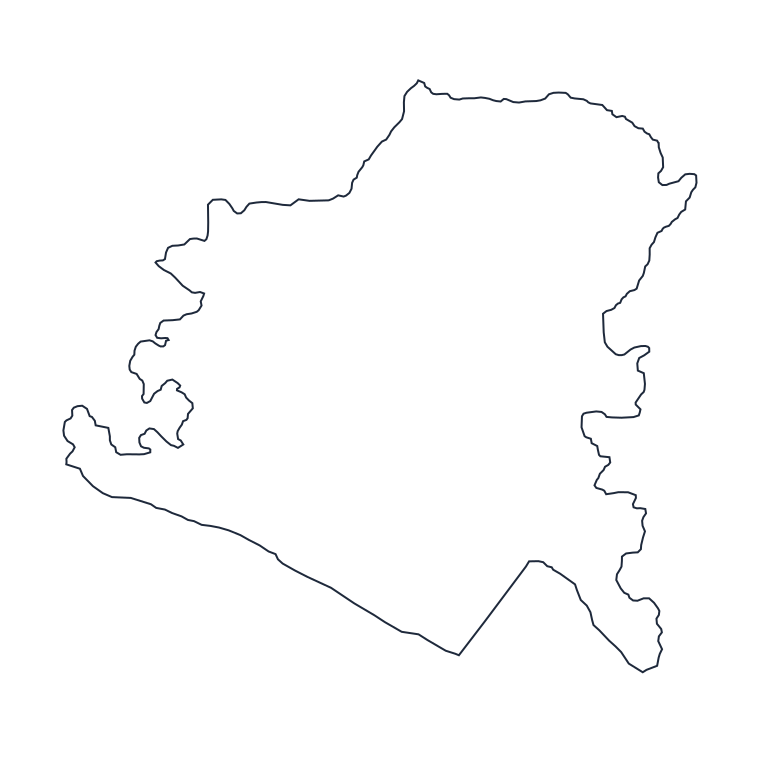 the district of Ashqelon, HaDarom, Israel, rotated 267°
{"feature_id": "584046B11408100439208", "entity_name": "Ashqelon", "entity_type": "district", "adm_level": 2, "iso_a3": "ISR", "parent_name": "Israel", "parent_adm1": "HaDarom", "projection": "orthographic", "projection_center": [34.744, 31.637], "detail": "fine", "context": "isolated", "style": "outline", "palette": "slate", "viewbox_px": 768, "rotation_deg": 267, "n_neighbors": 0, "source": "geoboundaries", "source_scale": "gbopen_adm2", "svg_char_len": 6134}
<svg xmlns="http://www.w3.org/2000/svg" viewBox="0 0 768 768"><g transform="rotate(267 384 384)"><path d="M610.3,670.9L610.4,670.6L612.7,669.5L614.0,665.2L616.6,663.4L619.5,662.0L620.4,659.8L622.3,657.4L625.5,655.8L626.1,651.4L628.4,647.7L632.0,645.6L636.0,639.5L638.3,638.6L639.2,635.9L638.3,630.1L641.4,626.2L644.8,625.8L645.8,621.0L651.2,616.6L653.4,604.9L654.6,602.7L656.1,601.4L657.9,598.0L659.2,589.3L660.2,585.4L663.7,582.7L665.2,580.7L665.9,573.8L665.9,568.5L664.7,563.9L660.6,559.9L659.1,555.1L658.6,550.8L658.8,540.0L658.0,533.6L658.8,527.8L662.1,521.0L662.4,518.5L660.0,515.3L660.7,510.9L661.7,507.7L663.3,504.2L664.4,499.8L665.1,495.7L664.6,488.9L664.9,483.3L665.0,477.6L664.1,474.1L664.8,468.9L666.4,465.5L668.9,464.1L670.5,462.4L670.7,457.4L670.6,451.5L671.2,448.3L672.8,446.4L676.2,445.0L677.5,442.6L679.0,440.7L682.5,439.9L685.4,434.1L682.6,432.5L680.1,429.6L678.0,426.4L674.6,422.4L670.5,419.5L664.3,418.6L655.3,418.3L647.6,415.9L644.6,413.1L639.8,407.7L635.9,404.3L632.6,402.5L628.0,399.0L626.2,394.6L621.4,389.8L612.9,383.0L609.1,380.5L607.3,375.9L603.5,374.8L601.6,373.6L597.3,369.7L594.0,368.2L591.5,367.6L589.7,364.3L586.6,362.7L580.7,361.8L576.6,359.4L574.1,355.9L573.3,353.5L574.8,348.1L571.8,342.8L570.3,338.4L570.8,319.2L572.9,308.4L567.3,299.9L568.2,292.2L571.9,275.6L572.1,271.5L571.9,266.1L571.2,259.0L568.1,255.9L564.8,253.6L562.0,250.0L562.0,246.3L564.7,243.0L567.3,241.8L571.9,239.0L576.1,235.3L576.9,231.2L576.9,222.7L572.3,217.6L554.3,216.9L545.6,216.3L541.5,215.6L537.9,214.2L536.3,212.2L539.1,204.7L539.2,201.2L538.9,197.8L533.8,191.9L533.1,185.7L533.1,179.9L531.3,175.5L526.7,173.2L520.2,171.8L519.0,169.6L519.0,166.5L518.5,163.4L517.3,162.2L513.5,165.2L509.4,170.1L505.5,176.9L501.2,181.0L492.7,188.1L487.7,194.7L485.6,196.9L484.9,200.1L485.5,205.1L483.8,209.1L481.3,208.2L476.1,205.3L471.9,205.9L467.4,202.8L465.9,200.8L464.5,195.5L464.0,190.5L462.8,187.3L459.2,183.6L458.8,176.2L458.9,167.2L456.7,163.8L454.0,162.7L450.6,161.8L447.8,159.5L444.8,158.4L442.0,159.9L441.3,163.8L441.4,168.0L441.1,170.2L439.2,171.2L438.6,168.6L434.3,167.4L433.1,165.6L433.2,162.9L434.1,161.1L436.6,157.6L438.7,155.3L439.9,152.1L439.1,143.2L437.1,140.6L434.2,138.1L430.3,136.6L426.3,136.2L424.4,134.4L420.5,131.8L415.4,130.6L411.7,130.8L409.1,132.3L407.0,137.5L401.9,140.3L400.1,142.8L396.5,144.1L386.6,143.4L384.6,141.7L382.0,141.7L378.1,143.7L377.5,146.2L379.2,149.7L386.3,153.9L388.8,157.5L390.0,160.7L393.7,161.9L396.3,165.5L398.6,167.7L399.5,172.9L395.7,178.0L393.1,180.4L391.3,179.6L390.0,177.1L388.5,176.9L386.3,181.4L384.2,184.4L380.8,185.7L377.7,188.4L374.9,191.6L369.7,191.8L364.4,186.7L360.1,186.1L358.5,184.8L357.4,181.4L354.0,180.0L351.0,177.6L347.7,175.5L345.3,174.9L339.8,175.5L338.2,178.1L334.1,180.4L331.0,174.9L333.3,170.9L334.1,168.1L338.0,163.7L343.4,158.8L347.7,155.2L351.0,151.9L351.9,147.4L350.0,144.2L346.8,142.3L345.7,138.6L343.0,136.7L338.4,136.7L334.5,138.1L332.9,140.9L332.0,145.8L330.8,147.2L328.0,147.0L326.5,140.7L326.5,136.2L327.3,123.6L327.1,117.2L329.9,113.0L334.9,112.3L337.9,108.5L342.1,107.3L346.1,107.5L354.6,106.4L357.8,93.9L362.4,93.3L366.4,90.6L367.3,88.4L374.7,86.1L378.1,81.5L377.9,76.8L376.6,73.0L374.3,71.1L368.7,71.1L366.0,69.2L364.3,65.0L362.8,63.3L354.4,61.4L349.1,61.8L343.6,65.0L340.0,70.3L337.0,71.8L333.0,69.4L330.9,66.9L326.0,62.9L322.7,62.9L320.4,62.5L315.3,75.9L307.9,78.6L297.2,88.0L289.7,97.5L285.3,106.4L283.5,125.1L276.1,145.0L272.2,150.0L270.1,158.6L266.2,165.7L262.4,174.9L258.5,181.1L257.0,187.1L252.9,194.5L251.4,203.1L249.3,211.7L246.0,221.2L240.6,232.7L235.3,241.0L229.3,251.4L222.8,260.0L219.8,266.8L214.5,268.9L210.0,273.4L202.3,285.5L195.4,297.4L183.2,320.5L166.5,342.8L153.7,362.1L146.1,372.5L135.6,388.7L132.2,405.4L126.1,413.9L114.4,431.7L110.9,441.0L109.2,444.6L141.7,472.3L194.3,516.2L199.3,519.6L199.0,528.9L197.7,533.7L193.5,537.5L192.2,541.9L189.7,543.2L185.3,550.0L173.9,564.3L168.3,565.8L158.0,569.2L152.1,574.9L145.3,578.2L137.3,579.5L132.3,580.6L126.8,586.1L115.9,595.4L109.8,601.5L103.9,606.8L92.0,613.8L82.6,627.3L84.8,631.2L88.3,642.0L96.5,644.0L100.1,645.3L104.6,647.8L112.9,644.4L117.6,645.3L121.4,648.5L124.8,648.0L130.3,644.0L135.4,643.8L139.0,646.4L142.9,647.1L145.6,645.9L151.4,642.2L156.1,637.5L156.4,632.1L154.3,625.8L154.8,621.4L157.7,617.9L160.9,617.0L162.9,613.0L167.5,609.7L176.1,605.7L181.8,606.7L185.6,609.4L189.2,611.6L194.8,612.3L199.2,612.6L202.1,616.9L202.6,623.8L202.6,628.6L205.6,631.9L209.7,632.4L217.1,634.6L223.2,636.9L228.9,634.8L233.9,634.6L237.5,636.1L241.1,638.9L245.5,638.4L246.6,633.4L246.6,630.0L247.8,626.8L251.0,626.3L257.0,629.6L259.8,629.6L263.1,622.1L263.7,612.4L263.0,607.6L262.3,600.1L265.9,598.4L267.1,596.5L269.1,590.6L271.8,588.9L277.1,591.5L278.8,593.1L283.1,594.9L286.6,598.8L289.8,600.4L291.5,603.8L293.8,605.8L299.1,605.3L300.5,596.3L302.0,595.0L307.4,594.1L310.9,593.7L314.0,588.3L318.5,587.7L320.2,583.2L321.4,581.6L330.4,579.0L341.4,580.0L343.9,581.7L344.7,584.7L345.5,594.5L344.7,599.8L342.2,603.0L339.5,604.5L338.7,609.9L337.9,619.4L337.9,631.4L339.3,636.8L342.1,637.9L345.3,638.8L350.3,634.3L352.3,634.3L360.1,640.2L362.4,642.9L364.6,643.8L370.4,644.6L381.2,644.0L384.1,638.2L391.3,638.0L396.6,640.2L399.0,645.3L402.4,650.6L406.0,650.7L407.4,649.5L408.3,647.0L408.4,642.5L407.3,635.9L405.5,632.0L400.9,625.6L400.4,622.9L400.5,620.1L401.6,617.0L409.5,609.1L414.1,606.7L424.1,606.1L442.7,606.4L445.2,610.0L446.2,614.8L447.8,618.1L450.5,619.7L452.1,621.8L452.7,624.1L456.1,625.7L458.0,627.6L458.9,629.8L461.3,631.2L463.8,634.3L464.7,639.0L466.0,641.3L474.0,644.2L478.4,648.1L481.3,649.3L487.7,651.0L489.8,653.5L493.4,655.4L499.3,656.1L505.7,656.4L509.1,658.5L511.6,661.0L516.2,662.7L520.7,665.0L522.3,669.2L524.2,670.3L525.4,671.5L526.3,673.7L527.0,676.7L528.8,678.6L530.8,679.9L533.3,683.4L534.4,685.8L537.8,687.7L540.3,689.8L542.5,693.9L550.6,695.1L554.2,699.0L559.4,700.9L561.8,702.7L564.1,705.2L568.6,706.6L575.9,706.6L577.3,704.9L577.9,700.2L577.6,695.8L574.4,691.7L571.1,688.7L569.1,679.4L568.0,676.6L568.1,672.4L571.1,669.0L575.9,668.5L580.0,669.0L582.3,671.8L585.9,674.1L595.6,674.2L600.3,672.3L606.0,670.8L610.3,670.9Z" fill="none" stroke="#1e293b" stroke-width="2"/></g></svg>